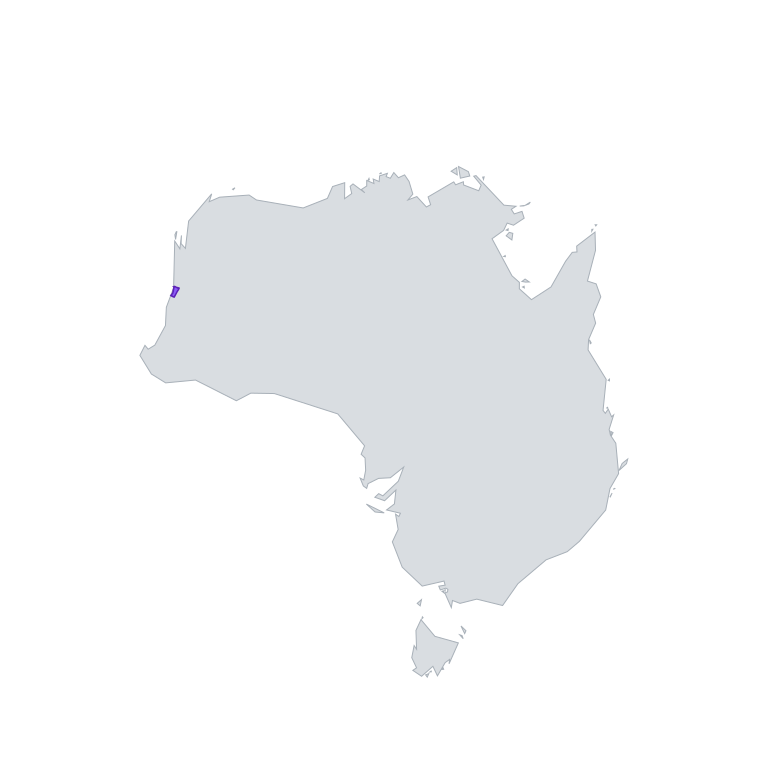 Irwin, Western Australia, Australia (highlighted), rotated 28°
{"feature_id": "25037944B44454952814800", "entity_name": "Irwin", "entity_type": "district", "adm_level": 2, "iso_a3": "AUS", "parent_name": "Australia", "parent_adm1": "Western Australia", "projection": "mercator", "projection_center": [114.943, -29.341], "detail": "fine", "context": "in_parent", "style": "filled", "palette": "violet", "viewbox_px": 768, "rotation_deg": 28, "n_neighbors": 0, "source": "geoboundaries", "source_scale": "gbopen_adm2", "svg_char_len": 4778}
<svg xmlns="http://www.w3.org/2000/svg" viewBox="0 0 768 768"><g transform="rotate(28 384 384)"><path d="M508.0,166.7L515.3,197.6L524.3,196.0L534.5,205.3L536.2,224.3L542.3,230.9L543.8,248.8L548.2,258.1L578.0,275.6L589.8,304.5L593.2,306.0L593.8,300.9L600.3,306.1L601.3,303.5L604.1,318.4L608.0,322.9L616.5,327.5L633.2,353.0L632.6,370.2L638.9,391.2L630.4,431.2L624.5,446.0L609.7,463.1L596.0,497.4L592.7,523.9L566.9,530.4L554.1,542.0L546.1,543.0L548.4,549.8L535.9,540.0L537.7,537.7L536.8,535.3L534.5,535.2L530.4,539.4L527.3,536.8L532.4,532.9L529.5,529.8L512.6,544.5L486.1,537.2L465.5,519.5L464.8,505.8L455.3,493.5L459.3,494.0L459.2,490.4L445.4,494.0L449.5,485.0L444.3,472.0L439.3,486.8L429.1,488.3L430.8,483.3L435.5,483.3L442.3,463.1L440.4,448.1L433.6,463.8L423.5,469.9L416.7,479.4L417.7,484.3L413.6,483.7L407.1,478.3L411.2,478.2L408.3,468.8L402.0,458.2L396.8,456.8L395.9,447.7L357.2,432.1L291.7,443.9L270.7,454.6L261.5,468.1L215.7,469.0L190.7,485.5L173.9,484.4L155.0,473.3L154.8,462.1L159.4,464.0L163.4,457.3L163.6,435.0L155.8,418.4L153.1,397.9L132.1,356.0L140.3,360.5L135.4,347.9L138.9,355.3L145.0,357.5L135.0,331.8L142.6,297.0L144.1,305.1L151.2,296.2L176.2,280.5L185.0,281.4L230.0,266.5L246.9,246.7L245.9,233.8L254.8,224.7L262.2,238.9L266.1,231.0L261.3,225.4L262.7,221.9L277.3,224.2L272.7,222.9L275.8,217.3L273.2,212.4L281.0,211.7L278.2,208.1L284.7,207.5L282.4,202.3L288.1,196.4L288.5,199.9L293.0,199.4L293.4,192.7L299.9,195.1L304.0,189.7L311.0,193.4L320.3,202.8L318.7,210.3L325.0,203.1L338.3,207.8L341.0,203.8L335.1,198.1L350.7,172.8L353.7,174.5L359.1,168.2L360.9,170.9L376.9,168.9L376.4,162.8L365.7,158.4L367.4,156.8L405.9,169.8L417.1,165.1L414.4,170.0L419.1,172.7L424.8,166.8L429.9,171.8L423.8,183.0L417.2,184.1L417.5,192.2L411.2,205.0L446.2,228.4L455.8,230.7L458.8,236.4L474.6,240.3L485.9,219.9L486.7,190.4L488.4,179.4L492.4,176.8L489.4,171.8L499.0,150.8L508.0,166.7ZM527.3,574.7L547.4,582.9L571.2,577.7L572.8,600.5L571.2,596.4L568.8,601.3L568.2,616.6L559.7,610.3L554.4,624.4L543.9,623.3L546.0,619.3L537.0,612.6L533.4,600.8L537.3,602.9L527.9,586.6L527.3,574.7ZM347.7,157.0L358.8,156.9L362.1,160.1L354.8,166.4L347.7,157.0ZM424.8,498.3L444.7,497.7L436.2,501.2L424.8,498.3ZM427.0,190.5L429.3,196.8L422.3,195.8L423.4,191.3L427.0,190.5ZM632.1,350.0L631.6,342.3L634.4,335.8L635.5,340.5L632.1,350.0ZM565.6,561.5L572.2,563.4L572.4,566.5L565.6,561.5ZM346.6,158.8L350.5,165.0L343.4,164.6L346.6,158.8ZM520.1,562.9L516.3,562.1L518.3,556.8L520.1,562.9ZM464.4,225.7L461.1,227.6L457.7,228.7L459.3,225.1L464.4,225.7ZM132.1,354.2L129.3,350.4L129.1,347.0L129.6,346.8L132.1,354.2ZM571.0,569.5L573.5,571.7L568.6,569.9L571.0,569.5ZM606.5,319.4L609.1,319.4L609.1,322.7L606.5,319.4ZM544.6,248.5L547.7,250.5L547.2,251.6L544.6,248.5ZM559.5,618.7L559.8,622.5L557.3,621.3L559.5,618.7ZM636.6,373.2L636.8,377.5L636.5,377.4L636.6,373.2ZM375.8,156.7L374.0,155.0L375.2,154.1L375.8,156.7ZM427.4,157.0L424.7,160.1L427.8,154.7L427.4,157.0ZM637.0,368.0L635.7,369.4L636.6,367.9L637.0,368.0ZM431.4,214.6L429.9,215.2L430.7,213.7L431.4,214.6ZM421.5,190.3L419.6,190.7L420.8,188.7L421.5,190.3ZM160.3,280.7L159.7,283.3L158.8,283.1L160.3,280.7ZM495.8,149.3L495.7,151.5L494.9,149.9L495.8,149.3ZM534.6,536.5L535.1,538.1L534.4,537.6L534.6,536.5ZM424.0,161.0L420.3,163.2L424.1,160.5L424.0,161.0ZM282.7,199.2L281.3,200.7L282.2,198.9L282.7,199.2ZM560.9,615.9L559.7,616.7L560.4,615.3L560.9,615.9ZM462.8,233.3L460.8,233.3L461.8,231.9L462.8,233.3ZM275.2,210.6L274.2,211.5L274.2,209.5L275.2,210.6ZM570.6,607.9L568.8,609.0L569.4,606.9L570.6,607.9ZM497.0,143.6L496.8,145.0L495.7,144.3L497.0,143.6ZM533.6,538.7L535.3,540.3L532.5,539.8L533.6,538.7ZM581.6,275.4L580.2,275.5L580.8,273.8L581.6,275.4ZM592.6,300.6L591.9,300.6L592.4,299.2L592.6,300.6ZM528.2,572.0L527.7,573.4L527.2,571.6L528.2,572.0Z" fill="#d9dde1" stroke="#a8b0b8" stroke-width="1"/><path d="M157.9,405.8L157.9,405.0L158.0,405.0L158.0,401.1L158.0,399.3L158.0,399.2L158.1,398.9L158.0,398.7L158.0,398.3L158.1,398.0L158.2,397.8L158.2,397.3L158.2,396.0L157.4,396.0L157.4,395.6L157.1,395.8L156.6,395.8L156.6,396.1L156.1,396.1L153.4,396.1L153.2,396.2L152.7,396.8L152.8,396.8L152.9,397.0L153.0,397.1L153.1,397.3L153.2,397.5L153.3,397.5L153.3,397.8L153.4,398.0L153.5,398.2L153.5,398.3L153.5,398.5L153.6,398.8L153.6,399.0L153.8,399.2L153.8,399.3L153.8,399.5L153.9,399.8L153.8,400.0L153.9,400.3L154.0,400.4L154.0,400.5L154.2,400.8L154.3,400.8L154.3,401.0L154.4,401.3L154.3,401.5L154.4,401.8L154.5,401.8L154.5,402.0L154.6,402.3L154.7,402.5L154.8,402.8L154.8,403.0L154.8,403.3L154.7,403.4L154.7,403.5L154.6,403.8L154.6,404.0L154.6,404.3L154.5,404.5L154.5,404.8L154.4,404.9L154.4,405.0L154.4,405.3L154.4,405.5L154.3,405.8L154.8,405.8L154.8,406.0L155.8,406.0L156.1,406.0L156.1,405.9L156.8,405.9L157.5,405.9L157.9,405.8Z" fill="#8b5cf6" stroke="#5b21b6" stroke-width="1.5"/></g></svg>